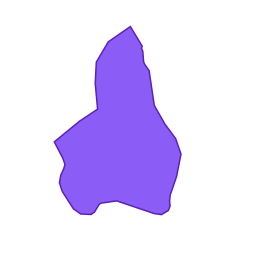 an SVG outline of Porto Novo, rotated 289°
{"feature_id": "CPV-5060", "entity_name": "Porto Novo", "entity_type": "state/province", "adm_level": 1, "iso_a3": "CPV", "parent_name": "Cabo Verde", "parent_adm1": "", "projection": "robinson", "projection_center": [-25.199, 17.027], "detail": "fine", "context": "isolated", "style": "filled", "palette": "violet", "viewbox_px": 256, "rotation_deg": 289, "n_neighbors": 0, "source": "natural_earth", "source_scale": "10m", "svg_char_len": 603}
<svg xmlns="http://www.w3.org/2000/svg" viewBox="0 0 256 256"><g transform="rotate(289 128 128)"><path d="M224.7,97.2L210.0,114.8L207.6,114.9L205.4,117.0L195.7,121.2L193.5,123.2L189.1,129.3L157.9,145.5L143.6,161.8L133.5,176.5L120.6,186.6L98.1,189.7L78.5,189.7L72.5,191.1L67.9,193.2L63.2,193.0L57.0,187.9L55.6,180.5L55.4,141.1L48.3,127.2L46.5,125.6L37.6,123.7L34.2,121.2L31.3,111.2L33.8,102.7L46.6,86.5L53.9,81.0L61.5,79.8L68.2,80.5L73.0,80.3L78.3,76.1L90.9,62.8L118.9,80.1L135.9,93.1L159.5,82.5L180.0,76.6L203.1,81.3L217.5,91.9L224.7,97.2Z" fill="#8b5cf6" stroke="#5b21b6" stroke-width="1.5"/></g></svg>